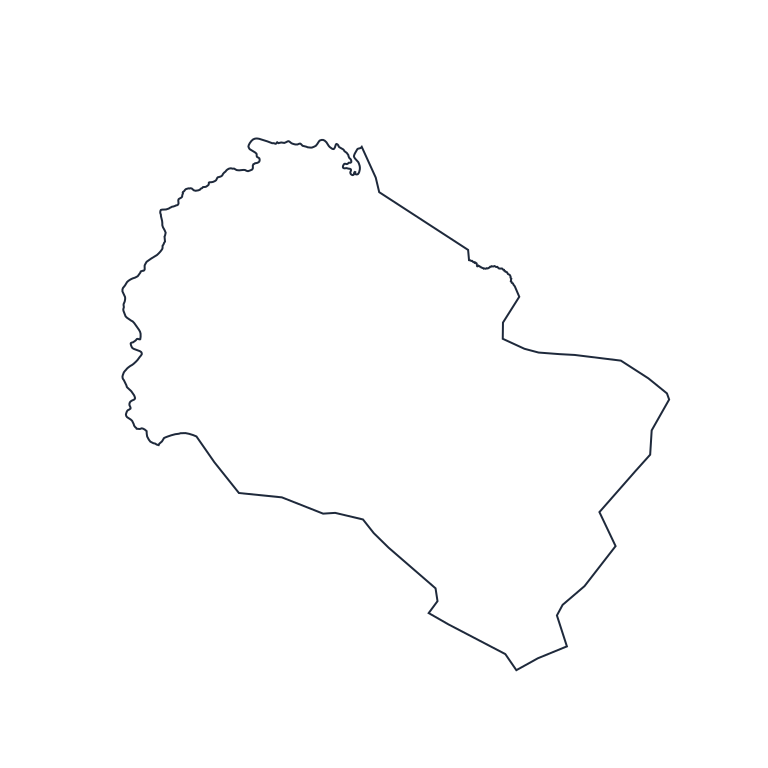 To'morbulag, Hövsgöl, Mongolia (orthographic projection), rotated 204°
{"feature_id": "93677404B25273038411096", "entity_name": "To'morbulag", "entity_type": "district", "adm_level": 2, "iso_a3": "MNG", "parent_name": "Mongolia", "parent_adm1": "Hövsgöl", "projection": "orthographic", "projection_center": [100.416, 49.267], "detail": "fine", "context": "isolated", "style": "outline", "palette": "slate", "viewbox_px": 768, "rotation_deg": 204, "n_neighbors": 0, "source": "geoboundaries", "source_scale": "gbopen_adm2", "svg_char_len": 6166}
<svg xmlns="http://www.w3.org/2000/svg" viewBox="0 0 768 768"><g transform="rotate(204 384 384)"><path d="M118.9,406.7L112.1,427.7L120.6,450.5L117.2,485.8L121.7,490.5L144.8,496.7L177.1,501.7L221.6,488.1L236.0,482.6L255.6,475.6L270.0,473.3L293.9,473.6L300.3,488.5L295.9,518.7L304.2,526.4L306.1,527.4L307.1,528.3L308.4,528.4L308.9,529.1L309.9,529.3L310.0,529.4L310.0,530.2L310.4,530.9L310.5,532.0L311.7,532.6L312.1,533.7L313.1,534.5L313.6,534.8L315.5,534.9L317.1,536.1L318.8,536.0L319.1,536.4L320.3,536.4L320.8,537.1L321.8,536.9L323.0,537.5L323.5,537.4L324.2,536.9L325.1,536.7L325.7,536.3L326.7,536.5L328.1,537.1L329.1,536.5L331.0,536.7L332.1,535.7L333.8,535.3L334.0,534.6L334.8,534.2L334.9,533.6L335.2,533.0L335.6,532.7L336.0,532.0L336.6,531.6L337.2,531.6L337.7,530.9L338.1,530.6L339.1,530.5L339.8,529.9L340.5,530.2L341.2,530.0L342.1,530.1L342.6,530.0L343.4,530.3L344.1,530.2L344.8,530.5L345.4,530.3L345.9,530.5L346.3,529.6L346.8,529.5L347.2,530.3L347.6,530.5L348.4,531.8L348.6,531.9L349.3,531.9L349.7,532.1L350.1,531.6L350.4,531.5L351.0,532.1L352.0,531.7L353.6,532.3L354.3,531.9L355.4,532.1L355.8,531.9L356.7,531.7L361.7,540.7L466.4,557.3L475.5,569.2L500.8,591.6L501.1,590.6L501.4,590.0L503.4,588.4L503.8,587.9L504.0,586.6L504.4,582.5L504.3,580.7L504.1,579.8L503.6,579.2L502.4,578.3L497.7,576.2L496.4,575.0L494.9,573.3L494.0,571.8L493.4,570.3L492.9,567.7L492.9,566.5L493.2,565.1L493.9,564.5L494.6,564.2L495.6,564.1L495.9,564.5L496.4,565.9L496.9,565.9L497.1,565.5L497.1,564.6L496.9,563.5L496.9,562.8L497.3,562.3L497.8,562.0L498.6,562.0L499.5,562.2L500.1,562.6L500.7,563.3L500.9,563.9L501.0,565.6L501.2,566.1L501.5,566.5L501.9,566.7L502.8,566.7L504.0,566.3L506.0,566.0L507.9,564.9L508.8,564.8L509.4,565.0L509.8,565.5L510.1,566.4L510.1,567.8L509.9,568.7L509.5,569.2L508.8,569.5L507.6,569.7L507.0,570.1L506.6,570.7L506.2,571.8L504.8,572.4L504.3,573.0L504.2,573.6L504.7,574.6L505.3,575.3L506.3,576.0L507.0,576.1L507.8,576.5L508.9,577.5L509.8,578.7L512.1,580.0L514.8,580.6L515.9,581.4L516.6,581.7L521.3,582.2L522.0,582.6L522.8,583.4L523.8,583.9L524.6,584.0L525.1,583.9L525.4,583.2L525.1,580.3L525.2,579.0L525.5,578.2L526.2,577.9L527.0,577.8L529.9,578.4L531.3,579.0L534.9,581.4L537.2,582.2L538.9,582.2L540.4,581.5L541.7,580.3L542.1,579.2L542.6,575.9L543.2,573.8L544.6,572.1L546.1,570.6L547.2,570.1L550.0,569.2L551.3,569.2L555.3,568.5L557.4,569.4L558.5,569.5L559.5,568.7L560.4,567.7L562.3,566.8L563.9,566.5L565.7,566.3L566.8,566.4L569.0,567.0L569.9,567.0L570.8,566.4L571.5,565.4L573.1,563.7L576.2,562.8L578.4,561.1L579.9,561.4L580.1,561.1L580.2,560.0L580.4,559.7L580.9,559.3L582.5,559.2L584.1,558.5L589.3,558.2L597.9,557.2L600.0,556.6L601.6,555.7L603.0,554.3L604.0,552.1L604.6,549.4L604.7,547.1L604.4,545.7L603.4,544.7L602.2,543.9L595.9,543.1L594.3,542.6L593.8,542.1L593.1,540.6L592.5,539.9L589.8,539.5L589.1,538.8L588.6,537.8L588.4,536.6L588.8,535.5L590.0,534.2L591.6,533.2L591.9,532.5L592.7,531.7L592.7,530.2L591.6,527.9L591.6,526.7L591.8,526.1L593.4,524.4L594.8,523.1L596.6,522.8L597.3,523.0L598.2,522.9L599.5,522.4L603.2,520.3L604.6,519.8L605.7,519.5L608.6,519.8L609.9,519.1L611.6,518.8L613.1,517.8L614.2,516.4L614.9,515.0L615.2,513.6L616.0,512.1L616.5,510.5L616.6,508.8L617.0,507.9L617.7,507.0L620.0,505.1L620.2,504.1L620.2,502.7L620.3,501.8L621.1,500.5L622.5,499.0L623.7,498.2L625.6,497.2L625.9,496.7L625.4,495.4L625.3,494.6L625.7,493.7L626.7,492.0L627.5,491.3L629.4,490.3L629.9,488.9L630.9,487.8L631.2,486.6L632.4,485.4L634.7,483.9L636.6,483.6L639.1,484.4L640.1,484.2L640.8,483.9L641.3,483.4L642.2,483.2L644.2,481.5L644.7,480.5L644.9,479.5L645.2,478.5L645.7,477.8L645.7,476.9L645.2,476.4L645.1,474.5L644.7,473.3L644.7,472.5L645.1,471.7L646.6,469.7L646.8,469.1L646.6,468.0L645.2,465.5L645.1,464.8L645.2,463.9L645.9,463.0L646.7,462.5L647.4,461.6L648.7,460.4L649.7,459.8L650.6,458.6L651.4,457.7L651.9,456.8L654.1,454.8L657.7,453.0L658.6,452.3L658.7,451.6L658.5,450.5L658.0,449.3L656.6,447.8L656.1,446.7L653.1,442.8L652.0,440.9L651.1,438.9L649.7,437.3L646.9,435.2L645.0,433.4L644.5,431.0L644.4,430.0L644.5,429.5L641.7,424.5L642.0,424.8L642.3,423.7L642.2,421.8L642.5,420.2L641.6,418.1L641.5,416.9L642.1,414.2L642.9,411.8L643.8,409.6L647.7,403.9L650.4,399.4L650.6,398.9L650.8,397.0L650.9,395.4L650.8,394.7L649.3,391.5L649.3,390.4L649.7,389.7L650.4,389.4L652.0,387.9L651.9,386.7L652.8,382.4L653.2,381.8L654.7,379.9L656.6,378.2L658.1,376.4L659.4,374.4L660.2,372.6L660.7,368.6L661.5,365.6L661.4,364.1L660.6,362.2L656.0,358.2L655.4,357.2L655.0,356.2L654.5,354.3L654.4,353.4L654.4,351.3L654.1,350.3L652.9,348.4L652.6,346.3L652.3,345.7L651.7,344.8L647.6,340.7L645.8,340.0L640.4,339.0L639.2,339.0L637.0,338.1L629.8,333.8L628.1,332.5L626.8,330.9L625.5,328.0L625.2,326.7L624.9,326.0L625.1,325.5L626.1,325.2L627.3,325.1L628.1,324.5L628.5,323.0L629.4,321.3L629.9,320.7L630.1,320.1L631.1,319.4L631.9,318.4L631.8,317.7L630.7,316.3L629.4,315.1L628.4,314.5L626.8,314.3L620.6,314.7L619.6,314.6L618.8,314.4L618.2,314.0L617.5,313.0L617.4,312.6L617.6,311.2L618.2,309.1L618.9,305.8L619.7,303.5L621.0,300.5L621.9,298.9L623.1,297.3L624.4,295.0L625.2,293.2L625.3,292.5L626.0,290.5L626.4,288.8L626.2,285.7L625.9,284.3L625.1,283.0L624.6,282.5L623.2,281.7L618.8,278.0L617.7,276.7L617.1,276.4L611.9,274.6L611.1,274.1L607.8,272.1L606.8,271.2L605.7,269.9L605.6,269.1L605.9,268.2L607.8,266.0L608.4,264.9L608.7,263.8L608.5,262.3L607.9,261.1L606.5,259.9L605.8,259.1L605.6,258.4L606.4,257.0L607.4,255.8L607.7,254.5L607.7,253.6L607.5,251.8L607.3,251.0L606.4,249.9L605.2,249.2L600.8,248.5L599.1,247.9L596.4,245.6L595.3,244.3L593.7,243.4L592.5,243.1L591.8,242.5L588.7,243.6L587.4,244.9L586.2,245.2L584.1,245.1L581.7,244.4L580.5,242.0L579.0,239.7L576.2,237.5L574.0,236.3L570.6,236.1L568.9,236.5L567.0,236.2L565.0,236.5L565.0,238.0L563.5,241.2L563.1,244.0L563.1,244.9L562.1,246.2L560.4,247.9L557.5,250.6L554.3,253.2L551.2,255.1L549.8,256.3L545.4,258.4L541.8,259.2L537.6,259.7L534.0,259.8L507.1,243.5L472.2,225.4L431.2,238.9L386.9,240.8L376.2,246.4L348.1,251.7L332.7,243.6L313.1,236.3L253.8,218.3L246.8,207.4L250.0,192.9L227.3,190.6L163.3,186.6L146.7,176.4L131.9,196.0L110.2,218.7L131.9,242.9L131.0,254.9L118.6,280.9L106.5,330.1L135.1,354.6L118.9,406.7Z" fill="none" stroke="#1e293b" stroke-width="2"/></g></svg>